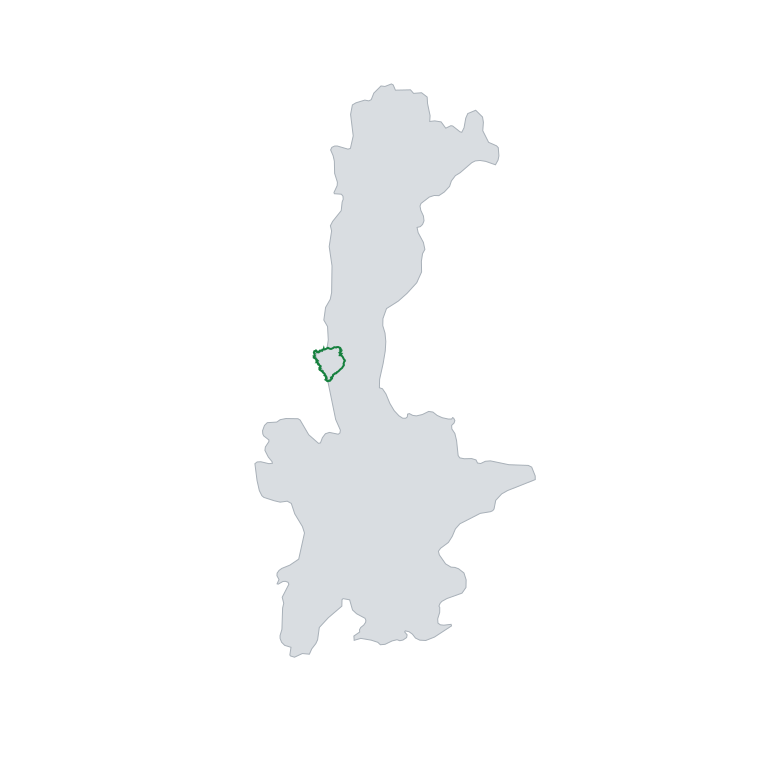 Xaychamphone, Bolikhamxai, Laos (highlighted), rotated 224°
{"feature_id": "54806243B24736520064001", "entity_name": "Xaychamphone", "entity_type": "district", "adm_level": 2, "iso_a3": "LAO", "parent_name": "Laos", "parent_adm1": "Bolikhamxai", "projection": "orthographic", "projection_center": [104.92, 18.569], "detail": "fine", "context": "in_parent", "style": "outline", "palette": "green", "viewbox_px": 768, "rotation_deg": 224, "n_neighbors": 0, "source": "geoboundaries", "source_scale": "gbopen_adm2", "svg_char_len": 8220}
<svg xmlns="http://www.w3.org/2000/svg" viewBox="0 0 768 768"><g transform="rotate(224 384 384)"><path d="M284.0,130.8L287.0,136.6L301.3,152.4L303.8,156.6L309.1,159.9L313.3,173.8L315.2,174.7L317.7,173.7L319.5,171.8L321.1,166.5L322.1,166.0L323.7,170.4L327.8,171.7L329.5,173.7L330.0,177.0L329.4,180.4L325.9,188.3L323.7,198.8L337.7,221.6L343.7,224.8L358.0,228.6L367.7,233.7L372.2,232.5L376.6,226.9L381.8,223.8L391.5,219.0L394.2,218.8L399.6,220.7L408.3,226.4L421.5,237.0L421.1,239.8L418.6,242.5L411.5,246.7L409.2,249.4L410.6,250.4L416.5,251.1L423.5,253.5L425.6,256.3L426.8,262.6L428.0,263.8L434.5,263.1L436.5,263.9L438.9,266.0L441.2,271.2L441.1,275.1L434.7,282.1L433.9,286.2L430.5,291.1L421.7,299.3L419.3,299.8L402.9,295.2L389.9,295.8L388.8,297.5L391.0,302.6L391.6,307.5L389.6,311.3L382.0,316.1L381.7,318.2L383.3,320.5L394.1,324.9L429.0,348.8L444.8,353.4L451.9,356.4L453.7,358.1L453.6,360.2L451.8,362.8L450.3,367.5L450.2,370.3L451.8,373.0L454.7,377.0L464.5,386.1L471.7,388.2L479.2,398.5L481.5,407.6L485.2,413.4L503.5,432.9L518.9,444.8L528.0,457.7L532.5,460.6L533.9,465.3L535.2,479.0L540.5,485.8L541.7,488.6L544.0,490.6L546.5,490.9L551.9,486.4L553.0,487.0L555.5,494.2L557.7,496.8L565.8,501.2L574.5,509.8L579.2,512.9L585.0,515.3L585.9,518.0L584.8,520.9L583.0,522.7L573.1,527.9L571.8,530.1L578.5,541.1L595.3,554.7L600.6,562.8L599.5,566.8L595.0,574.9L591.6,577.1L590.7,579.7L593.4,586.2L593.2,596.3L590.0,598.7L587.1,605.0L585.1,605.5L579.9,603.3L569.3,614.0L564.6,613.6L559.3,619.6L552.3,620.4L547.5,616.0L537.2,609.0L533.5,604.6L530.3,608.5L525.0,612.2L517.3,610.9L515.3,616.3L513.8,617.3L504.6,618.2L502.9,619.1L504.4,623.9L509.9,632.1L511.6,636.8L508.2,644.6L498.6,644.5L494.3,641.3L488.9,634.8L476.6,630.5L468.5,633.5L466.0,633.4L459.8,627.9L457.5,624.3L456.1,619.1L465.5,614.8L470.2,611.5L473.3,607.9L474.6,604.2L476.0,588.9L477.4,583.5L476.6,576.9L474.1,571.7L474.0,563.9L475.4,557.6L478.9,554.4L481.3,549.9L482.8,539.6L481.7,537.0L478.2,534.5L472.3,532.2L468.6,529.2L467.1,525.6L467.2,522.4L469.0,519.6L464.6,516.6L454.0,513.2L448.1,509.2L446.8,504.5L442.4,498.3L434.8,490.7L430.8,479.6L430.4,465.3L431.3,453.6L434.6,440.0L430.2,430.3L425.4,425.1L418.6,421.3L412.2,415.8L406.1,408.7L398.9,398.2L390.4,384.3L384.7,378.1L381.8,379.5L375.7,378.2L366.3,374.1L358.2,371.9L351.2,371.5L346.7,372.4L344.6,374.5L344.4,376.6L346.1,378.7L345.2,380.3L341.5,381.4L338.5,383.6L335.2,388.7L332.8,395.3L329.3,397.8L324.0,398.3L318.7,400.2L313.5,403.4L311.0,405.8L311.3,407.5L310.1,407.8L307.6,406.9L306.5,404.6L306.6,401.2L304.0,398.8L298.6,397.6L292.5,393.7L280.9,384.0L278.2,383.5L274.3,386.0L269.2,391.2L265.1,393.3L261.8,392.1L259.2,394.0L257.4,398.8L254.1,402.6L238.1,412.7L223.6,425.7L220.0,426.8L211.4,422.9L208.8,420.3L221.1,393.2L223.0,386.7L222.8,377.9L218.0,370.5L217.8,368.4L218.7,366.1L224.9,357.8L232.3,336.2L232.0,329.4L229.1,321.9L227.6,314.8L229.2,305.2L228.7,301.5L225.5,299.5L214.8,297.4L208.6,298.8L205.6,301.3L202.0,302.9L195.2,303.6L188.9,300.2L183.7,294.6L182.6,287.8L189.7,273.4L191.4,267.8L191.3,265.2L190.2,262.4L188.7,262.0L185.3,258.4L182.2,252.3L179.1,249.5L176.2,249.9L173.4,252.1L168.8,257.7L167.4,256.9L171.9,237.0L175.8,228.5L180.3,224.6L184.9,223.1L189.8,223.8L193.9,223.2L197.2,221.2L196.9,220.0L193.1,219.6L191.6,217.3L192.5,213.0L194.3,210.3L197.0,209.1L199.7,204.8L202.4,197.5L205.5,193.9L209.0,193.9L215.2,190.9L224.0,184.9L227.4,178.9L230.6,181.8L229.2,188.7L230.9,190.2L231.6,192.7L231.1,196.6L231.7,199.9L233.0,201.5L234.9,202.3L244.1,199.7L249.7,199.6L258.8,204.9L264.3,201.2L264.4,199.7L260.0,194.9L261.7,177.3L261.4,163.9L254.1,153.9L252.7,149.9L252.0,143.4L250.0,137.8L255.5,133.4L258.6,125.3L262.4,123.4L263.5,123.7L268.0,130.0L273.9,127.0L278.3,127.1L282.0,128.8L284.0,130.8Z" fill="#d9dde1" stroke="#a8b0b8" stroke-width="1"/><path d="M451.8,367.5L451.7,367.3L451.6,367.2L451.6,366.9L451.7,366.6L451.8,366.3L451.9,366.1L452.0,366.0L452.1,365.9L451.9,365.6L451.9,365.3L452.0,365.0L451.9,364.9L452.1,364.8L452.5,364.5L452.6,364.4L452.6,364.1L452.6,363.9L452.9,363.6L453.0,363.6L453.3,363.5L453.3,363.3L453.0,363.0L453.0,362.9L453.0,362.6L453.1,362.3L453.2,362.2L453.0,361.7L453.3,361.5L453.3,361.3L453.5,361.3L453.5,361.2L453.8,361.0L453.9,360.8L454.1,360.8L454.3,360.5L454.4,360.4L454.7,360.5L454.9,360.5L455.2,360.8L455.3,360.8L455.7,361.0L456.1,361.0L456.3,360.9L456.3,360.7L456.3,360.4L456.5,360.0L456.4,360.0L456.2,359.7L456.3,359.3L456.3,359.2L456.5,359.0L456.7,358.8L456.6,358.6L456.5,358.3L456.1,358.4L455.9,357.9L455.8,357.7L455.7,357.7L455.3,357.6L455.1,357.7L454.9,357.7L454.8,357.4L454.7,357.3L454.7,357.2L454.5,356.9L454.4,356.8L454.0,356.4L453.9,356.4L453.8,356.5L453.7,356.5L453.4,356.4L453.2,356.1L453.0,355.8L453.3,355.7L453.2,355.5L453.2,355.3L453.6,355.0L453.4,354.9L453.1,354.7L453.0,354.4L452.9,354.2L452.5,354.3L452.4,354.3L452.0,354.3L451.9,354.3L451.4,354.6L451.3,354.9L451.0,354.9L450.8,354.8L450.6,354.8L450.3,354.6L450.1,354.6L449.7,354.8L449.1,354.6L448.9,354.7L448.7,354.7L448.3,354.7L448.1,354.7L448.3,354.4L448.3,354.2L448.5,353.9L448.7,353.7L448.2,353.3L448.1,353.5L447.8,353.5L447.7,353.6L447.3,353.5L447.3,353.3L447.3,353.2L447.2,353.3L446.8,353.3L446.5,353.3L446.4,353.2L446.2,353.0L446.2,352.9L446.3,352.8L446.3,352.7L446.5,352.2L446.2,352.5L445.9,352.7L445.7,352.6L445.2,352.9L444.9,352.7L444.7,352.4L444.4,352.5L444.2,352.8L443.8,352.6L443.7,352.6L443.4,352.5L443.2,352.5L442.9,352.7L442.4,352.7L442.2,352.7L442.1,352.8L441.8,352.6L441.9,352.3L441.8,351.9L441.5,351.6L441.7,351.3L441.7,350.7L441.3,350.5L441.0,350.3L441.0,350.2L440.9,349.9L440.7,349.9L440.6,350.0L440.6,349.9L440.3,349.6L440.1,349.6L440.1,349.8L439.9,349.8L439.5,349.9L439.4,349.8L439.1,349.9L439.0,350.0L438.7,349.9L438.5,350.0L437.9,349.9L437.7,350.2L437.4,350.2L437.0,350.6L436.7,350.4L436.6,350.2L436.4,350.0L436.1,349.9L436.0,350.0L435.4,349.9L434.7,350.1L433.7,350.1L433.4,349.8L433.1,349.6L433.0,349.4L432.9,348.9L432.5,348.9L432.4,349.0L432.1,349.1L431.6,349.2L431.4,349.2L431.4,349.3L431.1,349.2L430.9,349.1L430.2,349.0L430.2,348.7L430.1,348.1L429.8,348.0L429.6,347.9L429.2,348.0L429.1,347.7L429.2,347.4L428.8,347.2L428.9,346.6L428.6,346.7L428.6,346.8L428.4,346.8L428.2,346.6L427.9,346.6L427.6,346.7L427.6,346.8L427.2,346.9L426.9,346.7L426.3,347.0L426.3,347.3L426.4,347.5L426.3,347.8L426.1,347.9L425.9,347.9L425.6,348.2L425.7,348.3L425.5,348.6L425.4,348.7L425.2,348.8L425.1,349.1L425.2,349.3L425.2,349.7L425.3,349.8L425.2,349.9L425.3,350.2L425.2,350.2L425.3,350.2L425.3,350.7L425.4,350.8L425.4,351.0L425.3,351.3L425.3,351.5L425.2,351.9L425.3,352.0L425.5,352.0L425.8,352.2L425.9,352.3L426.0,352.3L426.2,352.2L426.2,352.3L426.4,352.3L426.2,352.7L426.3,353.1L426.3,353.4L426.2,353.5L426.1,353.8L426.3,354.3L426.4,354.6L426.7,354.9L426.9,355.0L427.0,355.3L426.8,356.3L426.6,356.8L426.7,357.4L426.5,357.9L426.3,358.2L426.0,358.2L425.9,358.4L425.8,358.7L425.8,359.0L426.1,359.8L425.8,360.6L425.6,361.3L425.6,364.4L425.4,365.6L425.3,366.5L425.4,367.0L425.7,367.9L425.8,369.2L425.8,369.4L425.9,369.6L426.1,369.9L426.8,370.2L427.1,370.4L427.2,370.5L427.4,371.1L427.9,371.8L428.2,372.7L428.2,373.2L428.2,373.5L428.8,373.6L429.0,373.8L429.1,373.7L429.3,373.8L429.9,373.9L432.2,374.7L433.1,374.9L434.0,374.9L434.3,374.8L434.5,374.9L434.8,374.8L434.7,374.9L434.8,375.0L434.9,374.9L434.9,375.0L435.1,375.0L435.3,375.1L435.5,374.9L435.5,375.1L435.7,375.3L435.6,375.5L435.7,375.4L435.7,375.5L435.8,375.5L435.7,375.6L435.8,375.7L435.8,375.8L435.9,375.7L435.9,375.8L436.0,375.8L436.1,376.1L436.3,376.1L436.5,376.0L436.6,375.9L436.7,376.1L437.1,376.2L437.3,376.3L437.3,376.1L437.5,376.1L437.6,376.4L437.8,376.4L437.8,376.5L437.7,376.5L437.7,376.8L437.8,376.7L437.8,376.8L437.9,377.0L438.0,377.1L438.0,377.3L438.2,377.5L438.3,377.5L438.5,377.8L438.4,377.9L438.5,378.1L438.8,378.2L438.8,378.4L438.8,378.5L439.0,378.4L439.0,378.5L439.1,378.3L439.3,378.4L439.2,378.5L439.3,378.5L439.8,379.1L439.9,379.4L440.7,379.5L440.9,379.3L441.1,379.3L441.3,379.2L441.5,379.2L441.9,379.0L442.6,378.8L442.8,378.6L443.3,378.1L443.6,377.7L443.7,377.1L444.7,376.4L445.2,376.0L445.3,375.8L445.5,375.5L445.6,374.5L446.2,372.9L446.4,372.5L447.0,372.0L447.6,371.7L448.6,371.3L449.5,371.1L449.8,369.7L450.0,369.3L450.4,368.1L450.7,367.7L451.3,367.2L451.8,367.5Z" fill="none" stroke="#15803d" stroke-width="2"/></g></svg>